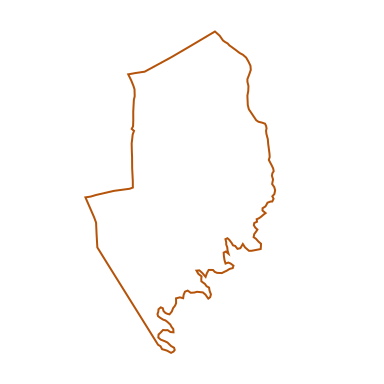 outline of Araguanã, Maranhão, Brazil, rotated 153°
{"feature_id": "56859067B40620406351111", "entity_name": "Araguanã", "entity_type": "district", "adm_level": 2, "iso_a3": "BRA", "parent_name": "Brazil", "parent_adm1": "Maranhão", "projection": "robinson", "projection_center": [-45.784, -3.062], "detail": "fine", "context": "isolated", "style": "outline", "palette": "amber", "viewbox_px": 384, "rotation_deg": 153, "n_neighbors": 0, "source": "geoboundaries", "source_scale": "gbopen_adm2", "svg_char_len": 2652}
<svg xmlns="http://www.w3.org/2000/svg" viewBox="0 0 384 384"><g transform="rotate(153 192 192)"><path d="M291.6,71.3L290.1,68.9L290.0,65.5L288.1,63.8L286.2,61.9L283.7,58.2L280.9,58.2L279.1,59.1L278.7,61.4L280.6,64.3L282.2,69.1L284.0,71.4L286.9,74.7L288.1,77.6L286.5,80.2L284.4,80.8L280.4,82.2L278.7,81.0L276.4,80.0L274.8,77.0L272.2,75.4L270.9,78.4L271.5,81.3L271.5,83.7L272.8,87.2L273.9,89.6L275.6,91.3L277.3,94.1L278.6,96.7L278.2,98.9L276.4,100.6L275.1,102.7L272.2,103.4L270.8,101.7L271.4,98.9L270.6,96.3L269.2,94.6L267.6,93.2L264.2,94.7L261.7,97.0L258.6,98.5L256.7,100.1L255.7,102.0L254.5,104.5L250.6,103.6L248.1,101.4L246.1,104.2L243.5,106.4L240.6,106.1L238.9,102.8L235.7,101.4L232.8,100.8L227.9,97.6L226.6,94.5L225.9,89.6L223.6,90.0L221.6,92.2L221.2,95.9L220.2,99.1L221.8,101.4L222.2,104.2L224.2,108.1L223.3,110.2L221.8,112.5L223.5,116.1L223.7,119.9L221.0,118.8L219.5,114.9L218.4,110.2L215.7,112.8L212.5,115.0L208.7,113.0L208.0,110.5L206.4,108.6L202.2,106.2L199.5,106.2L196.6,106.1L193.4,106.4L190.3,105.7L188.5,107.5L190.1,110.8L191.8,112.7L194.6,113.0L194.0,116.4L192.7,120.4L191.3,123.6L188.9,123.6L187.5,120.4L186.9,123.6L185.7,126.7L185.4,129.5L184.3,131.8L183.6,134.8L181.4,134.7L180.5,132.4L179.8,128.5L179.7,125.9L178.0,124.3L177.3,120.7L174.4,120.0L170.3,122.6L169.9,118.6L167.9,113.7L165.4,112.5L159.5,110.8L156.7,110.0L155.5,111.9L154.0,114.6L155.3,117.6L156.2,121.2L157.6,123.8L155.7,126.2L152.5,127.8L150.8,128.8L151.8,131.6L152.0,134.4L150.6,136.1L147.6,136.0L146.7,138.4L144.7,138.2L142.1,138.5L138.8,139.3L136.0,139.8L137.6,143.5L136.5,145.5L133.1,145.8L131.4,146.9L129.6,148.2L126.6,147.9L124.8,147.1L122.4,148.9L122.4,151.7L119.5,152.8L117.1,155.9L116.5,159.1L117.0,162.7L114.1,166.4L113.4,170.2L111.9,172.2L109.8,173.4L109.0,176.1L108.9,179.4L109.0,185.7L106.9,187.9L105.4,191.4L102.3,200.2L100.5,204.6L99.3,210.1L98.2,213.0L96.7,214.8L96.0,217.2L95.9,219.7L98.3,222.2L100.9,224.4L102.2,226.8L103.8,239.9L102.8,244.2L98.9,252.7L96.0,256.5L93.6,260.8L92.6,265.0L91.4,267.4L87.5,270.9L84.2,274.1L82.6,277.9L82.5,282.7L82.7,287.1L84.3,291.1L86.5,294.3L88.7,299.0L92.1,305.6L92.8,308.2L94.4,310.6L95.6,312.9L96.4,318.7L98.7,324.6L126.7,322.8L148.9,321.5L179.6,320.7L182.2,321.6L188.8,323.8L191.2,324.5L195.4,325.8L195.5,319.1L196.0,313.2L196.6,309.6L199.6,303.3L201.9,300.6L207.8,290.4L212.0,282.1L214.7,277.3L217.1,275.6L215.9,272.8L218.8,270.1L221.6,265.8L223.7,262.7L226.5,256.9L228.0,253.7L229.5,250.4L234.5,240.4L239.7,228.8L242.7,222.8L246.1,223.2L261.2,228.5L278.8,232.9L284.3,233.9L289.4,235.6L290.7,213.8L291.4,208.2L296.5,197.0L301.5,185.6L299.9,166.6L291.6,71.3Z" fill="none" stroke="#b45309" stroke-width="2"/></g></svg>